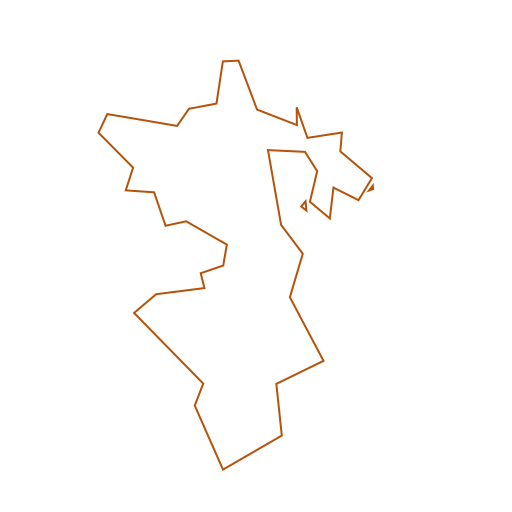 SVG path tracing the border of Tajikistan, rotated 74°
{"feature_id": "TJK", "entity_name": "Tajikistan", "entity_type": "country or territory", "adm_level": 0, "iso_a3": "TJK", "parent_name": "Asia", "parent_adm1": "", "projection": "robinson", "projection_center": [70.744, 38.86], "detail": "coarse", "context": "isolated", "style": "outline", "palette": "amber", "viewbox_px": 512, "rotation_deg": 74, "n_neighbors": 0, "source": "natural_earth", "source_scale": "50m", "svg_char_len": 760}
<svg xmlns="http://www.w3.org/2000/svg" viewBox="0 0 512 512"><g transform="rotate(74 256 256)"><path d="M78.6,359.8L109.2,296.0L96.0,279.8L98.6,252.0L59.8,234.2L63.4,218.9L115.6,214.6L141.4,180.6L124.3,175.9L156.6,174.0L161.0,139.4L178.7,146.1L213.1,123.1L230.6,142.1L211.6,162.7L240.3,174.7L218.7,189.2L191.3,173.8L169.4,180.2L157.5,215.3L233.0,223.3L266.7,210.4L305.0,234.8L375.4,220.0L384.5,271.7L435.7,280.7L452.2,346.6L382.9,356.1L364.1,341.9L277.1,388.9L265.2,362.5L272.6,314.4L257.3,313.9L256.1,290.1L237.0,280.9L203.4,313.6L202.0,334.6L166.7,336.4L157.0,363.1L137.2,349.8L94.1,373.4L78.6,359.8ZM226.2,195.0L220.9,198.9L217.1,193.3L226.2,195.0ZM223.9,125.1L224.2,129.2L220.5,124.3L223.9,125.1Z" fill="none" stroke="#b45309" stroke-width="2"/></g></svg>